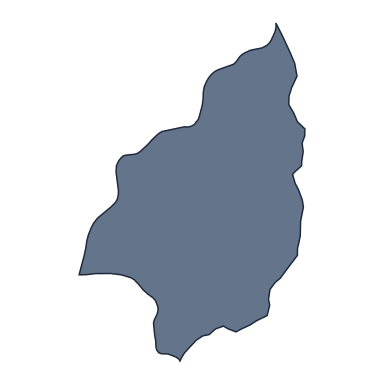 the district of Jangjin, Hamgyŏng-namdo, North Korea
{"feature_id": "82179303B63049631124183", "entity_name": "Jangjin", "entity_type": "district", "adm_level": 2, "iso_a3": "PRK", "parent_name": "North Korea", "parent_adm1": "Hamgyŏng-namdo", "projection": "albers", "projection_center": [127.23, 40.497], "detail": "fine", "context": "isolated", "style": "filled", "palette": "slate", "viewbox_px": 384, "rotation_deg": 0, "n_neighbors": 0, "source": "geoboundaries", "source_scale": "gbopen_adm2", "svg_char_len": 1759}
<svg xmlns="http://www.w3.org/2000/svg" viewBox="0 0 384 384"><path d="M275.9,23.0L276.1,26.5L275.6,29.7L274.7,32.6L271.3,40.0L269.6,42.7L267.2,45.2L262.1,47.9L250.6,50.2L245.1,52.7L242.3,54.4L239.8,56.6L236.0,62.0L233.4,64.3L218.3,69.7L215.2,71.3L212.6,73.3L210.4,75.6L208.3,78.4L206.6,81.4L204.3,86.5L203.3,92.3L203.1,99.0L202.2,105.5L199.2,116.9L198.2,119.5L194.1,124.7L191.0,126.3L188.2,127.0L184.9,126.8L181.9,127.3L162.1,131.5L159.3,133.1L156.7,135.3L151.9,139.9L147.6,144.7L140.2,151.5L137.3,153.4L134.9,154.2L125.6,155.2L123.0,156.0L120.7,158.3L118.7,160.8L116.4,165.8L116.1,172.3L118.4,190.4L118.4,193.7L117.9,196.9L117.0,199.8L115.4,202.5L110.6,207.3L107.9,209.5L97.9,217.8L93.8,222.9L91.4,227.4L88.3,235.1L87.6,237.9L86.8,240.9L86.0,247.1L84.1,255.9L79.1,274.8L86.0,274.7L95.1,273.6L110.6,273.5L120.4,274.7L123.4,275.4L131.3,277.9L134.3,279.8L138.9,284.6L142.9,289.6L148.0,294.2L153.5,298.2L155.5,300.7L157.7,306.4L158.1,308.7L157.8,311.5L157.0,314.4L154.3,319.9L153.5,322.9L154.7,335.2L155.7,340.9L156.0,347.2L156.7,350.0L158.7,352.7L161.2,353.7L168.0,354.0L175.9,357.0L178.7,359.0L180.0,361.0L181.8,357.1L184.5,352.9L189.7,347.2L196.3,340.2L202.7,335.9L209.1,334.6L215.6,328.9L223.3,326.1L228.4,329.0L236.0,331.9L241.1,329.1L250.2,324.9L256.6,320.7L267.1,315.6L268.3,310.8L269.7,305.1L268.5,299.4L270.0,289.4L275.2,282.4L280.4,278.1L285.6,271.0L290.9,263.9L297.4,255.4L297.4,254.0L297.5,248.3L298.9,242.6L300.3,235.5L300.6,221.3L303.4,207.1L302.3,200.0L298.6,190.0L295.0,182.9L292.6,174.3L295.2,171.5L301.6,165.8L301.7,161.6L303.2,151.6L302.1,143.1L304.7,136.0L304.9,128.9L297.4,121.7L293.8,113.2L288.8,104.6L289.0,96.1L291.7,87.6L297.0,76.2L294.7,63.4L289.9,52.0L282.6,36.3L275.9,23.0Z" fill="#64748b" stroke="#1e293b" stroke-width="1.5"/></svg>